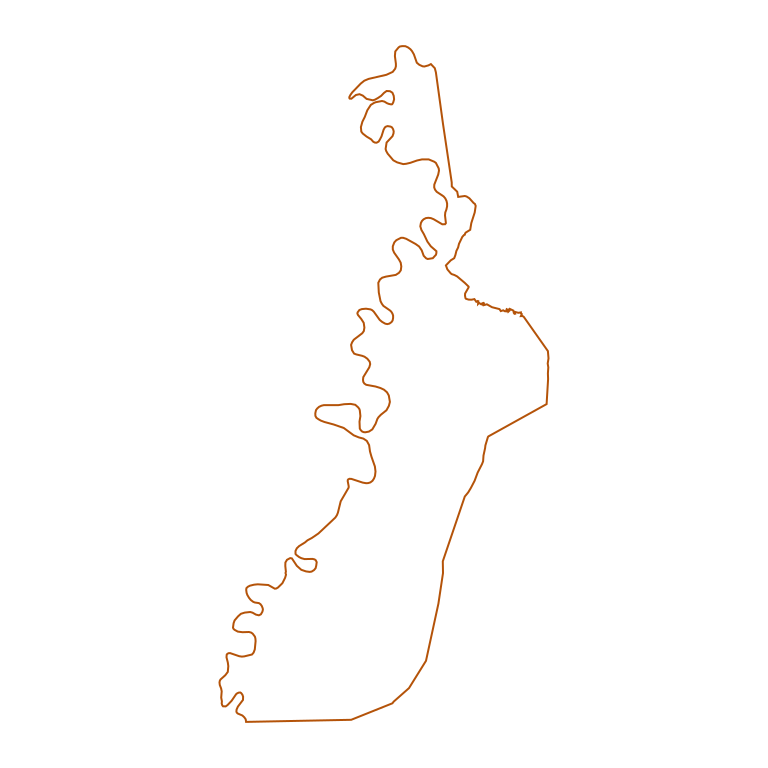 El Progreso, Yoro, Honduras
{"feature_id": "27666195B1726460774022", "entity_name": "El Progreso", "entity_type": "district", "adm_level": 2, "iso_a3": "HND", "parent_name": "Honduras", "parent_adm1": "Yoro", "projection": "mercator", "projection_center": [-87.816, 15.474], "detail": "fine", "context": "isolated", "style": "outline", "palette": "amber", "viewbox_px": 768, "rotation_deg": 0, "n_neighbors": 0, "source": "geoboundaries", "source_scale": "gbopen_adm2", "svg_char_len": 6081}
<svg xmlns="http://www.w3.org/2000/svg" viewBox="0 0 768 768"><path d="M430.9,64.1L428.4,65.4L424.4,66.5L422.6,66.3L419.3,64.8L416.8,62.7L413.9,54.4L412.0,51.1L410.4,49.2L408.0,47.4L405.4,46.2L402.3,46.1L399.9,46.5L398.6,47.4L395.3,51.4L394.9,56.0L395.9,63.8L395.9,66.3L395.2,68.7L392.7,71.9L386.4,74.8L368.6,78.9L364.3,80.7L360.7,83.6L352.3,92.3L350.5,94.8L349.4,96.9L349.3,97.9L349.7,98.6L351.4,98.7L355.9,95.0L359.5,94.2L362.8,95.6L366.6,98.9L372.9,100.3L375.1,99.6L378.1,97.9L381.2,95.8L384.0,92.9L386.6,91.0L390.0,91.2L392.4,92.7L393.7,95.8L394.1,99.3L393.2,102.5L392.2,104.2L391.1,104.4L388.8,103.9L387.0,103.2L384.4,101.6L382.0,101.0L375.8,102.2L374.2,102.8L370.8,104.9L367.3,110.3L364.8,116.9L362.4,121.7L360.9,127.1L361.3,131.6L362.7,133.5L366.5,136.5L371.1,139.3L373.3,141.8L375.0,142.6L376.6,142.7L378.6,141.6L379.9,139.5L381.5,136.4L383.6,129.7L384.9,127.4L386.0,126.6L387.6,126.1L390.6,126.6L392.0,127.4L393.1,129.2L393.7,131.3L393.5,133.4L392.5,136.2L386.6,142.5L385.6,149.0L386.2,151.0L387.7,153.7L393.3,160.3L397.2,162.4L403.2,164.1L406.1,163.8L410.4,162.8L417.0,160.5L422.0,159.4L428.7,159.4L434.2,161.7L435.9,162.9L438.7,168.4L439.0,170.6L438.2,174.6L434.3,184.6L434.2,187.4L435.0,189.6L436.7,191.8L443.6,196.4L445.3,198.4L446.5,200.9L447.1,203.5L447.1,206.3L446.4,209.5L445.3,212.4L445.0,215.4L445.9,223.1L445.1,224.2L442.3,224.3L433.6,219.2L430.9,218.1L428.3,217.8L425.9,218.1L423.6,219.3L422.0,220.9L420.9,223.0L420.3,226.3L421.4,229.9L423.9,234.2L427.4,241.6L430.8,246.3L436.4,251.2L436.4,252.9L436.0,254.7L432.8,258.2L427.7,259.0L426.1,258.3L423.7,255.8L421.7,250.3L419.1,246.5L415.6,244.0L406.2,238.8L403.1,237.8L401.0,237.8L396.3,240.2L394.3,242.4L392.8,246.3L392.8,249.5L394.1,252.6L398.9,259.4L400.7,262.7L401.3,266.5L400.8,270.3L399.0,272.8L395.8,274.9L386.0,276.6L382.2,277.7L380.0,279.5L378.3,282.8L378.8,292.5L380.5,301.1L381.8,303.7L383.4,305.9L389.9,310.4L391.2,311.6L392.4,313.5L393.1,315.5L393.1,318.0L392.6,320.5L391.5,322.1L389.4,323.6L387.4,324.1L385.3,323.7L382.1,321.9L379.7,319.9L373.8,311.7L372.2,310.2L370.6,309.4L366.0,308.7L361.8,309.1L359.4,310.0L357.6,312.4L357.4,313.6L358.0,315.0L361.2,318.9L363.7,322.8L364.4,327.6L363.8,331.1L362.3,333.2L353.8,339.7L352.1,342.3L351.1,344.9L352.0,350.2L354.1,353.6L356.2,354.4L362.1,355.8L364.5,356.7L367.3,358.7L369.7,361.7L370.2,364.1L369.3,367.3L363.3,377.1L363.0,379.8L363.3,381.9L364.3,383.5L366.2,384.8L375.5,386.5L380.4,388.0L384.0,389.7L387.0,392.3L388.8,395.5L389.9,401.9L388.9,405.8L386.5,410.2L380.8,414.8L378.5,417.2L377.4,418.9L375.6,423.8L372.3,429.4L368.9,431.6L365.2,432.3L363.5,432.1L362.1,431.5L360.7,430.1L359.8,428.6L359.5,421.6L360.4,416.1L359.8,410.4L359.4,409.1L358.2,407.4L355.3,404.8L350.7,403.9L344.2,404.2L338.6,405.1L324.0,405.1L321.5,405.7L319.1,406.8L317.2,408.5L316.0,410.1L315.3,413.3L315.4,415.9L316.4,417.8L318.4,419.2L320.8,420.6L324.5,422.0L333.7,424.5L343.8,428.0L353.7,435.3L358.8,437.4L363.4,438.6L366.8,440.9L369.1,445.1L370.0,451.5L371.5,456.8L374.9,466.5L375.5,471.5L375.0,475.9L374.0,478.5L372.5,480.8L370.4,482.4L368.1,483.1L366.1,483.2L362.7,482.6L351.4,478.9L349.4,478.8L348.2,479.4L347.8,480.0L347.7,481.1L348.7,486.3L348.6,487.7L340.7,501.3L337.9,512.7L336.9,515.2L335.3,517.6L318.4,533.5L311.8,538.0L307.5,540.3L304.9,542.5L299.2,546.0L296.8,548.3L295.5,551.0L295.5,553.9L296.4,555.0L299.2,557.1L301.4,558.2L304.6,559.1L312.5,558.9L314.6,559.4L315.8,560.3L316.7,562.2L316.2,565.8L315.6,568.2L314.0,570.1L311.6,571.6L309.6,571.9L306.0,571.4L301.3,569.8L296.8,565.8L291.9,558.4L290.2,558.1L287.0,559.8L285.4,562.5L285.3,566.0L285.9,571.8L285.5,573.0L286.0,574.7L285.1,577.8L282.4,583.2L278.0,587.5L276.3,588.5L274.8,588.7L268.3,585.0L257.7,584.3L254.0,584.7L249.9,585.7L247.8,586.8L246.4,588.2L246.2,589.9L246.6,592.9L247.4,595.1L249.0,597.8L250.8,600.0L253.3,601.9L254.9,602.5L258.9,603.1L260.5,604.2L261.8,606.0L262.7,608.3L262.9,609.7L262.4,611.7L260.9,614.3L258.9,615.3L255.9,614.6L252.6,612.7L250.2,612.0L244.7,612.6L240.9,613.8L238.1,616.3L234.6,620.4L233.6,623.2L233.0,627.6L233.4,628.7L234.5,629.8L237.8,631.6L242.5,632.2L249.0,632.0L251.2,632.6L252.7,633.7L254.9,636.6L255.4,638.5L255.6,641.1L254.8,649.4L253.6,652.6L252.0,654.5L244.2,656.4L241.8,656.6L239.2,656.2L230.1,653.1L228.5,653.2L227.3,653.9L226.7,654.7L226.5,657.3L227.8,662.4L228.3,666.1L227.8,671.9L225.3,675.2L220.5,679.5L219.8,680.8L219.5,682.5L219.8,685.0L221.1,688.4L221.7,691.3L221.2,697.6L221.9,701.3L221.7,703.5L222.2,705.2L223.0,706.3L225.7,706.4L227.5,705.1L231.6,700.8L236.1,694.2L237.2,693.3L238.8,692.6L240.3,692.5L241.2,693.1L242.4,694.7L243.1,696.7L243.0,699.9L237.9,706.6L236.6,709.5L236.4,711.5L236.7,712.5L237.7,713.5L242.4,715.5L244.3,717.3L245.7,719.3L246.1,721.9L351.2,719.8L392.4,703.3L393.7,701.6L409.0,688.1L426.0,660.8L438.4,603.7L443.0,573.1L442.8,561.3L464.8,496.5L468.2,492.4L470.9,487.9L474.6,480.8L477.7,472.5L482.0,464.1L483.1,461.3L483.5,455.5L485.1,448.1L485.4,445.4L487.9,437.1L488.4,436.4L546.6,404.1L548.1,379.0L547.9,373.4L548.3,367.4L547.7,363.5L548.5,358.4L547.9,351.1L523.8,316.9L522.5,316.0L520.9,316.1L521.8,314.1L520.9,313.3L520.9,312.4L518.3,312.8L515.0,311.9L514.7,312.1L515.1,313.7L514.5,313.8L513.8,312.9L513.4,310.6L509.6,308.8L509.2,309.2L509.6,310.5L508.3,311.7L507.8,309.8L506.7,309.2L506.4,310.0L507.1,311.4L504.7,311.2L503.2,310.3L500.8,311.1L499.5,309.1L492.0,307.2L486.9,304.3L483.3,305.3L482.9,304.8L483.9,303.3L483.6,302.9L482.2,303.3L482.0,303.6L482.4,304.1L481.9,304.4L481.1,304.3L479.1,302.9L478.1,303.9L478.3,301.2L477.7,301.0L476.3,301.8L474.4,299.1L471.6,299.7L468.6,299.6L466.0,298.8L465.5,298.2L465.0,295.7L465.1,293.5L468.6,287.4L468.6,286.6L464.8,282.9L457.1,276.4L454.4,275.0L451.7,274.1L450.7,273.3L447.4,269.4L445.9,265.4L450.8,260.3L454.2,258.2L455.4,255.0L456.4,250.9L458.1,247.5L459.0,243.8L462.3,236.9L464.0,235.0L464.8,234.7L465.1,233.5L465.7,232.6L470.2,229.8L471.3,223.1L474.7,212.5L475.7,205.9L474.9,203.9L473.6,203.0L469.4,198.3L466.6,196.5L464.8,196.0L458.2,196.9L457.2,191.7L451.8,186.5L451.7,182.3L443.0,123.9L435.9,72.4L434.8,68.2L430.9,64.1Z" fill="none" stroke="#b45309" stroke-width="2"/></svg>